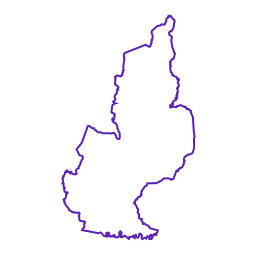 the district of Tonaya, Jalisco, Mexico, rotated 359°
{"feature_id": "50627088B15474935979053", "entity_name": "Tonaya", "entity_type": "district", "adm_level": 2, "iso_a3": "MEX", "parent_name": "Mexico", "parent_adm1": "Jalisco", "projection": "robinson", "projection_center": [-103.939, 19.867], "detail": "fine", "context": "isolated", "style": "outline", "palette": "violet", "viewbox_px": 256, "rotation_deg": 359, "n_neighbors": 0, "source": "geoboundaries", "source_scale": "gbopen_adm2", "svg_char_len": 5917}
<svg xmlns="http://www.w3.org/2000/svg" viewBox="0 0 256 256"><g transform="rotate(359 128 128)"><path d="M126.2,52.9L125.1,54.7L125.2,57.6L125.7,57.9L124.6,64.5L124.4,68.6L124.7,70.2L124.1,70.5L124.1,71.9L123.5,72.3L123.3,74.5L122.9,74.3L122.0,76.2L120.2,76.0L118.6,75.3L117.8,75.3L117.1,75.7L116.8,76.3L115.9,76.6L116.6,78.2L115.9,78.9L116.2,80.9L115.8,82.3L115.8,84.0L118.5,86.1L119.2,87.1L118.6,88.6L118.8,89.3L117.8,89.3L117.8,91.4L117.3,93.2L116.0,94.6L115.2,96.2L115.1,96.9L115.9,98.2L115.6,99.5L114.7,100.8L113.6,101.3L114.8,102.8L115.8,103.1L114.7,103.4L112.9,104.9L112.6,105.7L111.8,111.3L111.8,112.3L114.4,113.3L115.0,114.1L114.8,115.1L114.4,115.3L114.8,117.1L114.2,118.6L114.2,119.4L113.6,120.2L112.6,118.6L112.4,119.0L112.5,119.9L113.3,121.6L114.0,122.3L115.7,123.0L117.2,125.6L117.4,127.0L117.3,127.9L118.2,129.6L118.5,131.3L119.2,132.2L119.6,133.4L119.6,137.7L119.3,138.4L118.8,138.9L118.0,138.9L116.4,137.8L115.8,135.3L114.7,133.3L113.0,132.6L110.9,133.2L108.7,132.9L102.1,132.8L100.6,131.7L98.5,132.0L97.7,131.6L95.7,129.6L94.9,129.4L94.3,128.6L94.3,127.8L91.9,127.5L90.4,126.0L88.6,125.1L87.8,125.5L81.5,142.1L76.2,148.4L78.8,154.1L79.1,154.4L81.7,155.1L82.2,155.7L82.4,156.8L82.1,158.2L81.1,159.3L81.1,160.0L80.1,161.1L80.1,162.1L79.4,164.0L78.0,165.8L77.9,166.4L78.1,167.2L76.3,168.2L75.4,169.3L75.3,170.8L75.8,172.9L75.2,173.3L74.0,173.4L72.0,173.1L71.0,172.4L69.6,172.3L70.6,170.9L70.4,170.7L68.9,171.1L67.6,170.9L66.5,169.5L66.0,170.9L64.9,170.3L64.2,171.4L64.1,172.3L63.5,173.9L62.6,174.8L62.8,175.3L62.3,175.3L62.2,176.2L61.6,177.2L62.3,179.2L61.5,182.2L62.6,182.3L62.5,185.1L63.6,186.5L63.6,187.0L62.8,187.3L63.3,188.5L63.4,190.5L65.3,191.6L65.9,191.2L66.5,191.4L65.8,192.9L65.0,193.4L64.1,193.3L65.0,193.4L64.6,196.4L63.8,197.7L62.4,198.3L63.4,200.4L62.8,200.9L63.6,202.0L64.7,204.3L67.4,207.6L67.4,209.0L67.7,209.3L68.8,209.5L70.8,211.1L72.1,211.5L72.3,211.2L75.2,212.0L76.7,211.7L77.7,211.8L78.1,212.3L78.0,213.4L77.3,214.7L77.4,215.7L77.9,216.3L77.6,217.4L78.0,219.5L79.6,220.3L82.3,220.5L83.2,221.0L83.5,221.9L82.7,222.4L82.4,223.7L82.7,226.3L81.0,228.0L80.4,229.3L96.9,232.7L98.0,232.1L98.9,232.1L100.1,233.0L101.3,234.8L102.5,235.8L103.3,235.8L104.2,234.9L104.5,232.8L105.6,232.3L106.5,232.3L107.3,232.9L107.3,233.4L105.0,234.8L104.5,235.7L104.8,236.2L105.7,236.2L107.6,235.1L108.4,236.3L109.1,236.2L109.3,235.8L110.8,236.2L111.4,235.0L112.2,234.7L112.9,235.3L112.8,236.5L113.0,236.8L114.7,237.1L116.0,237.1L117.7,235.4L117.4,232.7L118.0,231.5L118.6,231.2L119.7,232.4L119.3,235.7L118.8,236.4L118.9,236.9L120.4,236.9L122.3,236.2L122.5,235.6L123.1,235.6L126.9,239.0L127.2,238.6L127.3,237.1L128.0,236.9L130.2,236.9L131.4,235.7L131.8,235.6L132.3,236.2L132.2,237.9L132.8,238.2L133.2,235.9L133.8,235.0L134.3,235.2L134.1,236.5L134.4,236.9L135.3,237.7L136.0,237.8L137.3,236.0L137.5,234.0L138.4,233.8L139.3,234.4L140.1,235.8L139.6,238.0L140.0,239.0L140.4,239.3L141.0,239.1L142.4,238.0L143.5,238.2L144.4,238.9L145.2,236.6L145.6,236.4L147.1,237.4L147.4,239.3L148.9,239.5L149.6,239.3L150.4,238.2L148.6,236.6L148.3,235.7L148.9,235.2L149.7,235.2L150.9,236.2L151.8,236.1L152.3,234.5L153.6,234.4L154.1,235.5L154.5,235.4L154.5,233.7L155.5,233.0L156.0,230.9L148.9,228.8L147.7,227.9L146.8,226.1L144.6,225.4L142.7,223.7L141.3,224.1L141.0,222.3L140.3,221.6L139.8,220.6L140.3,219.3L138.2,218.8L137.3,218.0L137.7,214.6L136.6,213.4L136.1,212.0L136.7,211.1L136.8,209.5L135.8,208.3L134.9,205.9L133.6,204.0L133.7,202.6L133.0,202.7L134.6,199.8L136.0,199.6L135.8,198.8L137.0,197.3L138.2,197.2L138.3,196.8L140.2,195.8L140.3,195.3L139.7,194.7L139.7,194.3L140.3,193.7L140.3,191.8L140.8,191.4L140.9,190.6L142.4,189.1L142.8,188.0L144.0,186.6L145.7,186.0L146.3,183.7L155.5,183.6L161.2,180.8L162.0,179.8L163.2,178.9L165.0,179.1L167.1,179.0L169.2,179.6L170.0,180.2L170.1,179.9L172.1,180.1L172.7,179.4L175.7,171.6L176.4,171.5L177.3,171.9L177.7,170.2L178.2,169.8L178.9,169.8L179.4,169.3L179.4,168.8L181.0,168.5L181.7,168.0L182.5,166.1L183.1,165.5L183.1,163.8L183.7,163.1L183.5,162.2L183.8,161.8L183.5,161.7L183.3,160.3L184.1,157.8L185.4,157.3L187.1,155.9L188.0,155.9L188.6,155.4L189.5,155.4L192.1,154.1L193.8,149.3L193.8,140.3L193.9,139.1L194.5,137.5L194.1,135.7L193.7,131.6L193.0,118.0L191.3,114.0L191.1,113.0L191.3,112.1L189.7,111.2L188.9,110.1L187.3,110.2L187.0,109.5L186.7,109.4L186.5,108.3L185.5,108.0L184.8,108.2L184.4,107.5L182.9,107.1L180.8,105.9L179.4,106.6L177.5,106.9L177.2,107.7L176.7,108.1L175.7,107.8L175.2,108.0L173.7,107.3L171.9,107.8L171.4,108.2L170.9,108.3L170.4,107.9L170.7,107.0L170.5,106.0L170.8,105.9L171.5,106.5L173.2,105.5L173.2,105.1L172.6,104.9L172.4,104.3L172.7,103.9L173.4,103.7L173.8,102.0L176.6,100.6L176.6,100.2L175.9,99.4L176.0,98.9L176.7,98.8L177.2,99.3L177.6,99.1L177.8,97.9L177.0,97.3L176.9,96.6L178.1,95.7L177.5,94.6L177.7,93.9L178.6,93.0L178.2,90.8L177.8,89.9L177.9,88.9L178.7,88.7L178.8,87.5L179.4,87.3L179.6,86.9L179.4,85.0L178.4,83.7L178.6,83.0L179.2,82.3L178.9,80.9L179.7,80.7L179.5,79.9L179.0,79.4L178.0,79.6L177.9,78.7L177.4,78.0L176.2,77.3L175.1,77.0L173.4,75.8L173.6,75.1L173.1,74.8L173.0,73.8L171.9,72.9L171.7,72.3L171.2,68.3L171.4,67.5L172.1,66.8L172.0,66.3L171.1,65.4L171.8,63.5L171.5,62.9L171.1,63.0L171.0,62.6L172.1,61.2L172.7,61.1L173.4,59.8L174.9,59.4L176.3,54.2L175.5,53.3L174.8,50.4L173.6,48.2L173.7,46.3L173.2,44.7L173.2,42.8L172.7,41.8L173.5,38.2L173.3,37.4L172.7,36.6L171.1,35.8L170.8,34.7L170.7,33.5L171.1,32.7L172.3,31.8L173.2,32.1L175.1,28.8L175.8,25.7L175.7,24.4L176.3,23.5L176.4,20.9L175.1,20.1L172.7,16.7L171.8,17.3L171.2,17.2L171.0,16.5L170.0,17.0L170.0,18.4L168.8,19.0L168.2,19.7L168.0,20.7L168.3,21.9L166.9,23.6L166.7,24.9L166.3,25.3L163.4,24.9L161.9,26.2L159.9,26.3L158.3,27.3L153.6,31.3L153.2,33.3L153.8,34.8L154.1,35.0L154.3,38.4L153.8,39.1L153.7,40.6L153.5,40.9L153.0,40.8L153.0,43.6L152.6,43.7L152.7,44.0L152.1,45.6L151.5,46.3L151.6,46.6L151.3,46.7L151.1,47.1L150.4,47.1L147.0,45.1L126.2,52.9Z" fill="none" stroke="#5b21b6" stroke-width="2"/></g></svg>